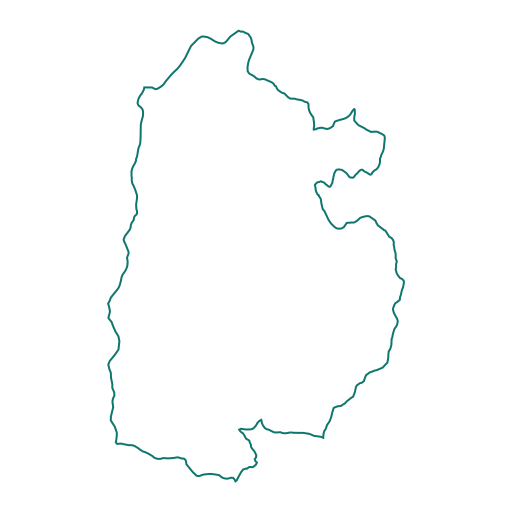 Bumdeling, Tashi Yangtse, Bhutan
{"feature_id": "84629894B8904358941352", "entity_name": "Bumdeling", "entity_type": "district", "adm_level": 2, "iso_a3": "BTN", "parent_name": "Bhutan", "parent_adm1": "Tashi Yangtse", "projection": "natural_earth1", "projection_center": [91.504, 27.79], "detail": "fine", "context": "isolated", "style": "outline", "palette": "teal", "viewbox_px": 512, "rotation_deg": 0, "n_neighbors": 0, "source": "geoboundaries", "source_scale": "gbopen_adm2", "svg_char_len": 6054}
<svg xmlns="http://www.w3.org/2000/svg" viewBox="0 0 512 512"><path d="M238.6,30.7L230.4,36.5L226.1,41.7L224.5,42.8L222.8,43.4L220.8,43.3L217.5,42.5L214.6,41.2L211.1,38.9L207.6,37.2L203.4,36.5L201.8,36.5L198.3,38.6L191.0,46.0L185.0,58.2L180.0,65.6L177.1,69.1L173.7,72.2L170.9,75.1L165.8,81.2L163.3,84.7L161.0,86.6L157.5,88.7L155.7,89.2L154.0,88.5L152.1,87.5L144.3,87.4L143.9,89.5L143.0,91.4L142.0,93.3L140.7,94.9L139.3,97.1L138.4,99.1L137.8,101.5L137.6,103.4L138.5,105.5L140.8,107.2L142.4,109.2L143.0,111.4L143.1,113.5L142.9,116.2L141.5,121.2L140.8,124.7L140.6,137.0L140.3,142.7L139.7,145.1L138.4,148.4L137.3,155.1L136.9,157.0L136.2,158.5L135.9,160.8L135.4,162.4L133.1,166.4L132.2,168.7L131.5,171.2L131.5,173.6L131.5,175.8L131.8,177.7L131.7,179.6L131.9,181.8L132.4,183.6L133.6,185.8L135.6,190.8L137.0,195.3L137.1,197.5L136.1,204.9L136.4,209.2L137.0,211.0L137.1,213.5L136.1,214.9L134.9,215.9L133.9,217.7L133.8,219.7L131.5,223.2L130.8,225.3L130.6,227.7L129.6,229.9L125.0,236.0L123.6,239.6L124.2,241.6L125.9,245.1L128.6,252.0L128.5,253.7L127.0,257.8L127.5,260.3L127.6,262.6L127.5,264.3L127.2,266.3L126.6,268.0L126.0,269.5L125.2,271.0L122.6,274.7L121.6,277.1L120.8,281.2L119.7,285.2L118.8,287.4L117.7,289.1L111.3,297.0L110.4,298.5L110.1,300.0L108.1,303.6L109.2,307.2L110.0,311.7L108.5,317.3L108.5,318.2L111.5,321.9L113.7,327.6L115.6,331.8L118.4,336.3L119.4,341.1L118.5,349.5L115.1,354.5L109.8,360.9L108.3,364.5L109.4,369.3L110.8,372.6L111.0,377.7L112.3,384.0L112.3,387.9L114.2,392.4L114.4,395.7L113.0,398.4L112.4,401.7L113.2,407.1L110.9,416.6L110.8,420.5L114.7,426.5L116.8,432.6L116.8,435.2L116.2,440.6L115.8,442.3L117.1,443.9L121.2,443.6L123.3,444.1L128.8,445.2L130.7,445.1L132.9,445.4L134.8,446.1L138.1,448.1L139.3,449.1L142.9,451.5L144.9,452.0L148.6,453.8L152.5,456.1L154.1,457.6L156.2,458.5L158.4,458.9L160.6,458.9L162.5,458.2L164.4,458.1L167.9,458.4L173.4,458.0L177.5,457.3L179.4,457.7L181.6,458.5L183.7,458.5L185.4,459.8L186.2,461.9L186.3,464.1L192.6,471.9L196.5,475.7L198.2,476.1L200.1,475.8L201.6,475.1L203.4,474.6L206.6,474.2L210.1,473.9L213.4,474.2L219.0,475.1L222.1,477.5L223.5,478.1L225.1,478.5L227.3,478.7L231.3,477.7L233.1,477.9L234.6,479.5L235.4,481.3L236.7,480.4L238.4,477.0L241.2,472.0L243.0,469.6L245.3,468.7L247.2,468.6L247.5,468.2L249.3,467.0L250.8,467.0L252.9,467.2L256.0,464.6L256.9,462.6L255.4,461.1L254.7,459.2L256.0,457.4L256.3,455.2L254.5,451.5L252.1,448.6L251.0,446.7L250.8,444.4L249.8,442.6L249.3,440.6L246.0,438.6L244.1,435.0L242.9,433.2L241.5,432.4L240.3,431.3L239.2,429.7L240.9,428.8L246.1,429.5L250.0,429.4L252.1,429.1L253.8,428.0L255.4,426.2L256.4,424.9L257.2,423.2L259.5,420.8L261.3,419.9L261.9,423.0L263.0,425.5L265.0,428.2L266.7,429.2L268.6,429.6L272.7,431.7L274.1,432.3L276.2,432.5L280.3,432.2L282.4,433.0L284.3,433.3L287.3,433.1L289.7,432.5L291.5,432.5L293.8,432.8L303.2,432.9L308.6,433.7L310.3,434.2L313.8,435.8L321.0,436.8L323.2,437.8L323.5,433.9L324.3,430.9L325.2,429.9L325.9,428.5L327.0,425.1L329.5,421.5L330.3,419.5L331.1,417.4L332.2,412.8L333.5,408.4L334.3,407.5L335.8,407.1L337.2,406.4L341.1,405.9L342.8,404.6L344.6,403.7L346.9,401.2L351.4,397.7L353.1,396.7L355.0,391.7L355.8,387.5L356.8,385.4L359.9,383.2L361.7,382.8L364.1,381.0L364.2,380.0L366.0,375.2L370.1,372.2L372.0,371.7L374.5,370.6L376.6,370.2L382.7,367.6L386.0,364.0L387.1,363.1L387.5,361.8L388.3,357.7L388.3,355.6L388.7,351.4L390.3,348.8L391.4,344.8L391.6,339.1L392.4,337.0L392.6,335.2L393.9,330.5L394.6,328.6L396.0,326.8L396.9,325.1L397.5,323.1L397.7,321.2L397.5,320.0L397.0,318.4L396.0,316.9L394.0,313.2L392.9,309.3L393.6,306.8L394.6,304.4L395.5,303.0L397.2,302.1L398.3,301.0L399.6,300.1L399.9,299.5L399.8,298.7L400.2,296.7L400.9,294.8L401.9,290.1L403.1,287.1L403.9,282.6L403.9,281.2L403.5,280.5L402.0,278.9L400.1,278.1L398.0,275.5L396.7,273.2L395.7,269.4L396.1,267.2L396.1,264.0L396.8,261.6L395.6,257.9L395.7,254.2L395.2,251.9L394.8,250.9L394.5,249.7L394.2,247.2L393.6,244.5L393.9,242.4L393.0,239.9L391.4,237.8L390.4,237.5L389.2,236.7L385.3,230.5L383.8,230.1L383.4,229.5L377.8,225.3L376.5,223.0L375.3,220.5L369.4,216.4L368.0,216.1L366.4,216.1L362.2,217.1L360.0,218.0L357.7,220.3L355.0,222.1L354.0,222.5L352.1,222.5L346.7,222.9L343.9,227.1L341.7,228.4L339.3,228.7L336.6,228.4L334.6,227.0L331.0,223.5L328.6,219.9L324.3,210.9L322.8,209.3L322.3,207.5L321.3,202.9L320.9,199.3L319.9,197.4L319.1,196.5L318.6,195.0L317.7,194.7L317.0,193.5L315.8,190.6L315.4,187.1L314.9,185.1L315.4,184.2L317.4,182.3L319.4,182.0L320.8,181.3L324.3,182.7L325.6,184.2L326.4,184.7L328.3,186.3L329.2,186.8L329.9,186.8L330.9,185.6L332.3,182.9L332.6,180.9L333.1,179.0L333.4,177.2L334.5,172.8L336.3,169.9L337.3,169.6L339.1,169.4L342.1,170.0L346.2,172.9L347.4,174.3L349.1,176.7L349.7,177.2L350.9,177.6L351.6,177.5L352.7,177.7L353.7,177.3L355.6,174.7L357.0,173.6L359.5,170.7L361.1,169.8L362.0,169.7L362.7,169.9L364.0,171.2L367.4,172.9L369.8,174.6L370.8,174.6L371.5,174.2L372.0,173.0L373.9,170.9L376.7,169.1L378.3,167.1L379.5,164.4L380.0,161.9L380.0,158.7L380.8,156.9L381.1,155.4L383.2,151.0L383.8,148.6L384.8,138.4L384.7,136.8L384.2,135.5L381.8,133.9L379.2,132.8L378.3,132.1L376.2,131.6L370.7,131.9L369.9,131.3L367.1,130.0L365.5,129.0L364.8,128.4L358.3,125.1L354.3,120.6L354.2,117.4L354.9,113.9L354.7,109.4L354.3,109.1L353.7,109.4L352.5,110.9L350.4,114.3L349.1,115.8L347.4,117.1L345.9,118.0L343.9,118.8L338.4,120.3L335.0,121.5L334.4,122.5L333.0,126.1L330.7,127.7L328.9,128.6L326.7,129.0L321.9,127.7L319.9,127.9L317.1,128.5L316.2,129.2L313.8,129.6L313.7,128.7L314.2,125.6L313.9,121.9L313.2,117.1L312.2,116.0L310.2,112.9L309.2,110.6L308.5,107.5L308.5,104.1L307.3,102.4L304.6,101.7L302.3,100.4L299.6,99.8L296.4,99.3L295.1,98.8L293.3,98.6L291.2,98.7L290.1,98.5L287.8,97.0L284.6,93.6L281.3,92.4L278.2,90.2L277.0,88.7L276.0,86.3L274.7,85.7L273.7,83.8L271.9,82.4L264.9,79.3L262.9,79.0L259.3,79.5L257.4,78.9L255.9,78.0L254.6,76.7L253.2,75.7L249.4,73.7L248.5,72.5L247.7,71.3L247.5,67.3L248.1,63.5L248.6,61.4L249.3,59.3L252.9,50.7L253.4,49.0L253.5,47.3L253.1,45.6L252.1,43.2L251.3,39.2L250.8,37.7L248.3,34.1L242.5,31.5L240.6,31.6L238.6,30.7Z" fill="none" stroke="#0f766e" stroke-width="2"/></svg>